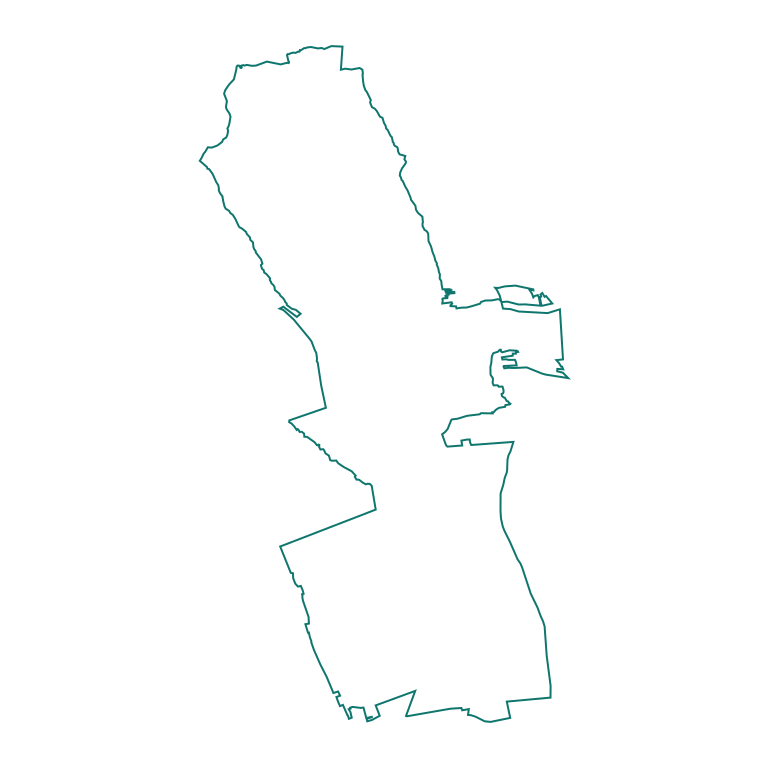 outline of Buciumeni, Galati, Romania
{"feature_id": "2599482B94255718808377", "entity_name": "Buciumeni", "entity_type": "district", "adm_level": 2, "iso_a3": "ROU", "parent_name": "Romania", "parent_adm1": "Galati", "projection": "mercator", "projection_center": [27.317, 46.006], "detail": "fine", "context": "isolated", "style": "outline", "palette": "teal", "viewbox_px": 768, "rotation_deg": 0, "n_neighbors": 0, "source": "geoboundaries", "source_scale": "gbopen_adm2", "svg_char_len": 6061}
<svg xmlns="http://www.w3.org/2000/svg" viewBox="0 0 768 768"><path d="M563.0,359.4L559.9,309.3L547.7,313.1L518.7,311.5L510.4,309.1L503.0,308.6L501.4,302.1L507.3,301.6L518.5,304.5L525.5,304.4L541.9,305.8L552.3,303.5L546.0,296.0L544.6,296.8L542.3,293.0L540.5,294.4L541.2,296.6L539.8,297.0L541.1,304.0L540.2,304.0L538.9,297.5L537.8,295.1L534.5,296.1L533.3,297.4L532.0,293.7L529.1,289.3L533.4,290.4L533.3,289.4L515.4,285.6L504.8,286.4L498.1,288.0L495.2,287.8L497.0,290.1L499.7,295.5L501.0,300.5L500.5,300.7L499.7,299.6L497.7,299.2L491.9,300.4L485.4,300.5L481.1,301.9L480.0,303.7L471.4,306.3L466.7,307.5L461.0,307.7L456.8,308.4L456.5,308.4L456.1,306.4L450.5,306.1L450.4,305.4L452.2,303.6L451.6,302.3L442.3,303.5L442.7,300.8L442.4,298.9L443.0,298.4L447.3,298.1L447.5,296.7L445.6,296.8L445.4,295.8L447.1,294.6L448.6,294.6L448.5,293.7L454.4,293.1L454.3,291.9L446.1,292.8L445.5,291.2L451.3,290.7L451.4,290.4L450.9,290.4L450.8,289.7L449.7,289.8L449.5,289.2L442.5,289.3L441.6,284.6L441.3,281.1L439.7,278.6L439.9,274.3L439.0,272.3L438.3,268.4L436.7,264.4L436.9,263.2L435.4,260.8L434.5,257.0L432.5,251.9L431.1,246.7L428.5,241.0L428.2,233.8L427.5,232.3L426.2,230.8L424.6,230.0L422.6,226.2L422.5,223.8L422.9,222.3L422.4,216.7L417.9,212.8L416.0,209.7L415.4,205.7L410.9,199.6L410.7,198.0L407.4,190.1L405.4,186.9L402.7,180.9L401.6,180.0L400.8,177.1L399.8,175.7L400.2,172.5L402.1,168.2L405.6,163.4L406.0,161.6L404.4,159.3L405.3,156.0L399.5,154.3L398.1,151.5L397.7,148.2L397.1,147.1L394.8,145.8L394.0,144.7L393.6,142.8L392.8,141.9L391.9,137.3L390.5,135.8L387.6,129.8L386.1,128.5L385.6,125.7L384.0,123.0L382.5,117.9L379.9,116.6L376.8,111.0L374.7,108.6L372.0,107.2L370.1,102.6L370.8,100.0L366.7,91.7L365.4,90.2L363.8,85.7L363.1,81.3L362.5,74.6L362.9,73.7L362.4,69.7L359.6,68.0L351.5,69.5L345.2,68.7L340.9,69.7L342.5,46.6L331.3,46.1L324.4,49.0L321.6,48.0L317.9,48.4L310.9,47.0L306.9,47.5L305.5,48.2L304.2,48.1L300.5,50.5L299.9,50.2L299.4,51.7L298.0,51.7L295.6,52.9L293.2,52.6L290.0,53.5L289.1,54.2L287.7,54.1L287.0,55.0L288.2,60.3L289.1,62.2L288.6,63.1L287.1,62.8L280.6,64.4L266.9,61.6L256.0,65.6L251.8,65.8L246.7,64.9L244.5,65.6L243.3,65.1L241.0,65.8L241.7,67.4L241.3,68.0L240.6,67.9L239.0,65.6L237.4,65.6L236.6,66.8L236.3,69.5L233.9,79.4L229.2,84.4L226.1,88.9L225.0,90.7L224.1,93.8L226.9,101.0L226.0,106.6L226.1,107.9L227.1,110.1L229.4,113.4L230.5,116.7L229.4,123.4L228.5,126.5L227.4,128.4L228.1,130.5L227.4,134.9L226.2,137.5L223.2,139.4L222.0,142.0L217.4,145.5L211.8,147.6L207.9,147.3L205.4,151.5L203.5,153.9L201.3,158.5L199.8,160.8L207.0,167.1L207.4,168.7L209.1,169.1L212.6,173.9L216.3,182.2L218.2,185.1L218.9,188.5L218.8,190.5L220.0,193.1L222.6,196.6L222.5,197.8L222.9,198.9L223.1,200.7L224.5,206.4L225.7,208.7L229.2,210.9L230.2,212.9L232.8,214.9L235.4,219.0L238.5,225.8L239.5,227.3L241.9,228.5L246.1,232.0L246.7,233.8L249.9,237.4L250.3,239.8L253.0,242.4L253.4,246.9L254.1,249.0L255.7,251.1L255.8,252.5L261.1,259.4L262.4,263.7L260.9,265.1L261.6,267.7L262.4,269.2L263.6,270.0L264.2,272.5L266.6,274.2L270.1,278.4L269.8,279.5L270.1,280.7L270.9,281.6L271.2,283.0L273.3,285.0L274.4,286.6L274.9,290.0L279.4,293.7L280.3,295.6L283.2,298.3L284.3,299.8L285.1,301.8L286.7,303.5L286.8,305.0L291.9,308.8L295.8,309.8L300.6,313.8L296.8,316.9L283.3,306.7L279.7,308.6L283.4,310.0L293.7,319.5L309.5,338.7L311.6,341.6L314.8,350.1L316.3,353.1L317.0,358.4L316.8,361.5L317.7,362.5L321.2,385.6L325.9,407.8L289.3,420.4L289.2,422.2L291.4,423.4L294.3,426.5L296.7,429.9L297.6,429.1L298.3,429.6L299.6,431.9L301.8,431.8L304.1,433.6L304.3,436.7L307.1,436.9L314.7,442.3L316.8,445.1L317.7,445.3L318.7,444.6L319.3,444.9L319.1,446.9L320.4,449.5L323.2,449.2L323.9,449.9L325.6,453.5L328.9,455.6L330.2,460.1L331.7,460.7L336.3,460.6L338.2,463.3L343.9,467.1L351.7,471.3L355.7,475.7L354.8,476.8L356.5,479.6L359.0,479.7L363.0,482.8L365.9,484.3L367.8,483.7L369.9,484.0L371.7,485.7L375.7,509.6L280.2,546.5L290.8,572.9L292.9,573.2L293.2,578.2L295.3,583.7L298.0,586.6L300.8,585.9L302.7,590.4L303.6,593.8L302.0,594.3L302.5,595.9L302.3,597.1L303.0,600.8L308.6,617.1L308.9,623.6L305.4,624.2L307.9,632.4L308.2,633.0L308.9,632.7L309.9,637.4L311.4,641.3L311.3,642.4L314.0,650.1L320.3,664.4L326.6,676.7L333.4,693.0L338.1,691.5L340.1,695.7L336.4,697.0L338.2,702.0L340.0,706.1L342.9,704.9L347.5,715.4L347.9,715.5L348.9,718.8L351.7,717.7L350.5,712.2L348.7,709.2L350.5,708.6L350.2,707.7L352.5,706.9L360.6,707.9L363.5,707.6L366.3,718.1L371.7,716.8L371.8,717.2L366.6,718.8L367.3,721.3L371.9,720.0L379.7,715.8L375.7,705.4L415.2,690.9L406.0,716.0L406.8,716.3L450.5,708.7L461.4,708.0L462.2,710.3L468.8,709.1L468.0,714.9L471.0,715.2L475.6,716.7L484.7,721.3L490.6,721.9L510.2,717.9L506.8,701.6L550.5,697.6L550.6,685.8L546.7,655.8L544.6,626.4L543.0,621.2L540.7,616.2L537.4,607.3L530.8,593.8L522.2,567.7L520.5,563.6L517.6,559.4L510.0,542.0L504.4,530.7L502.7,526.3L501.0,518.5L500.5,511.1L500.6,493.5L503.3,484.7L504.7,478.0L506.7,472.7L507.1,470.6L507.5,459.5L508.5,455.3L510.4,451.5L513.4,441.9L471.2,445.0L470.1,442.5L469.7,439.5L466.6,439.6L461.4,440.6L462.2,445.5L447.5,446.6L446.4,445.7L445.5,443.8L442.1,434.3L445.1,432.0L447.7,428.9L451.3,419.9L452.0,419.4L457.7,418.7L467.1,415.8L479.7,414.3L481.0,413.2L492.6,413.4L492.3,412.3L493.7,412.2L495.5,410.1L497.5,408.7L499.2,407.8L505.1,406.8L505.4,405.1L509.9,404.4L510.4,403.8L509.2,403.0L508.0,401.4L506.6,400.9L504.8,397.7L503.6,397.4L501.9,396.0L501.6,393.9L503.1,393.3L503.5,392.2L503.5,390.0L502.5,386.6L498.7,386.7L498.2,385.7L497.4,385.3L493.6,385.3L492.6,382.8L493.0,379.1L492.7,378.0L490.8,375.2L490.5,373.9L490.4,366.9L491.3,362.9L491.8,356.7L493.0,353.6L493.8,353.0L497.8,351.8L499.8,349.8L500.8,349.8L501.0,351.5L502.2,352.3L509.6,350.3L516.7,350.7L517.8,351.3L518.1,351.9L515.8,352.3L515.8,353.7L512.8,353.6L512.7,355.7L501.9,357.3L502.4,359.5L506.2,359.3L508.4,359.9L515.0,359.9L516.0,362.2L516.6,365.4L503.8,366.0L503.5,366.4L504.3,368.3L508.3,367.8L514.4,368.0L526.7,367.4L541.8,373.5L545.7,374.6L568.2,378.1L562.9,372.7L557.2,371.3L557.3,368.9L563.2,369.3L562.1,366.7L561.2,366.7L558.9,362.9L556.4,360.1L563.0,359.4Z" fill="none" stroke="#0f766e" stroke-width="2"/></svg>